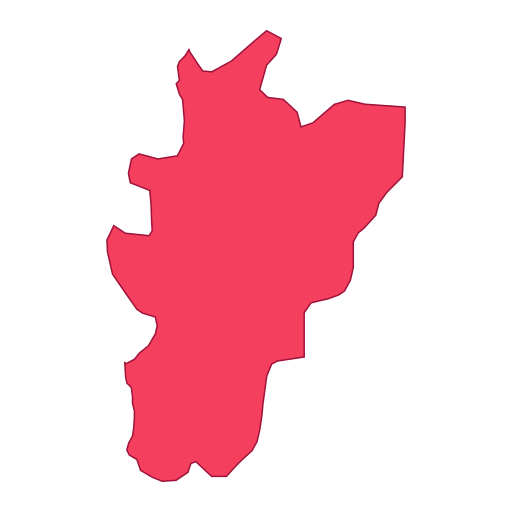 outline of Pocheon-si, Gyeonggi, South Korea
{"feature_id": "91817680B75483661313195", "entity_name": "Pocheon-si", "entity_type": "district", "adm_level": 2, "iso_a3": "KOR", "parent_name": "South Korea", "parent_adm1": "Gyeonggi", "projection": "orthographic", "projection_center": [127.227, 37.957], "detail": "fine", "context": "isolated", "style": "filled", "palette": "rose", "viewbox_px": 512, "rotation_deg": 0, "n_neighbors": 0, "source": "geoboundaries", "source_scale": "gbopen_adm2", "svg_char_len": 1455}
<svg xmlns="http://www.w3.org/2000/svg" viewBox="0 0 512 512"><path d="M405.1,107.1L364.8,104.2L348.1,100.3L334.4,104.3L312.8,122.9L301.0,126.9L297.1,112.2L283.3,99.4L267.6,97.4L259.7,89.6L266.6,65.1L276.4,54.3L281.3,38.6L266.6,30.7L253.8,41.5L231.3,61.1L211.6,71.9L202.8,71.0L197.9,64.1L190.1,52.3L188.9,49.6L185.0,55.9L179.4,61.6L177.5,66.6L179.4,80.4L176.2,83.6L179.4,94.2L182.5,99.3L184.4,120.6L183.1,137.0L183.7,143.3L177.4,155.8L157.9,159.0L148.5,156.4L139.1,153.9L131.5,158.9L128.4,173.4L130.3,182.8L149.7,190.4L151.0,203.6L151.6,220.6L152.2,230.7L149.1,235.7L125.2,233.2L113.8,225.6L106.9,240.1L107.5,252.0L112.5,274.1L127.6,296.1L137.0,309.4L142.7,313.2L155.3,317.0L157.2,325.8L155.3,334.0L148.3,345.9L139.5,352.9L134.5,359.2L126.3,363.6L124.8,362.7L125.6,376.8L126.9,383.1L131.3,387.5L132.5,397.0L132.5,403.3L134.4,410.9L134.4,417.2L133.8,427.3L132.5,436.1L128.7,443.1L126.8,450.0L129.3,455.0L136.9,459.5L140.6,470.4L149.8,475.8L152.4,477.3L162.3,481.3L176.1,480.3L187.9,472.4L190.9,463.5L195.8,461.6L211.6,476.4L226.4,476.4L236.3,465.5L242.2,459.6L252.0,450.7L256.6,442.4L257.0,441.8L259.9,429.0L261.9,415.2L262.9,404.4L266.8,375.8L271.7,364.0L277.6,361.0L304.2,357.0L304.2,312.7L311.0,302.9L318.9,300.9L327.8,298.9L338.6,295.0L344.5,291.0L350.4,280.2L353.3,267.4L353.3,253.6L353.3,241.8L358.2,232.9L364.1,228.0L375.8,215.2L378.8,203.4L386.6,192.6L402.3,176.8L405.1,122.8L405.1,107.1Z" fill="#f43f5e" stroke="#9f1239" stroke-width="1.5"/></svg>